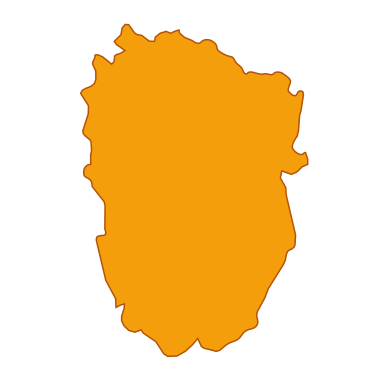 Cuneo, Equal Earth projection, rotated 272°
{"feature_id": "ITA-5441", "entity_name": "Cuneo", "entity_type": "Province", "adm_level": 1, "iso_a3": "ITA", "parent_name": "Italy", "parent_adm1": "", "projection": "equal_earth", "projection_center": [7.731, 44.473], "detail": "fine", "context": "isolated", "style": "filled", "palette": "amber", "viewbox_px": 384, "rotation_deg": 272, "n_neighbors": 0, "source": "natural_earth", "source_scale": "10m", "svg_char_len": 3015}
<svg xmlns="http://www.w3.org/2000/svg" viewBox="0 0 384 384"><g transform="rotate(272 192 192)"><path d="M223.7,306.7L221.0,301.2L215.9,296.4L213.1,290.8L216.2,281.0L209.1,279.8L199.6,285.6L192.9,286.1L152.6,297.0L143.3,296.8L141.1,296.3L138.9,294.3L137.6,291.8L136.0,289.6L133.0,288.5L127.0,287.6L122.6,285.8L98.0,271.6L88.8,268.5L75.2,261.7L72.3,260.9L69.2,261.2L66.4,262.0L63.6,262.4L60.6,261.3L58.4,258.9L57.3,256.3L56.6,253.5L55.1,250.6L53.0,248.2L48.4,245.1L46.4,243.1L45.1,240.8L42.4,234.7L40.6,231.8L36.6,227.3L35.5,226.2L34.6,224.8L33.7,222.1L33.8,220.5L34.4,218.7L36.3,209.4L38.0,206.8L45.8,202.8L39.7,198.1L32.8,191.2L27.6,182.8L26.9,173.5L29.4,169.4L41.2,161.1L49.2,148.3L52.4,146.1L49.9,139.7L50.8,136.3L51.5,133.6L55.8,128.8L61.1,126.1L65.3,126.0L73.7,128.3L77.8,128.3L76.5,124.4L74.0,120.1L82.7,119.4L100.8,108.9L140.3,98.1L142.3,98.1L143.6,98.5L144.5,99.6L145.2,101.8L145.4,103.2L145.4,104.5L145.6,105.6L146.4,106.7L147.7,107.3L149.1,107.2L151.8,106.2L175.2,105.6L179.3,104.5L193.7,92.3L198.8,91.1L200.3,90.1L202.3,87.3L203.3,85.1L204.7,83.6L208.1,83.0L210.7,83.3L213.3,84.4L215.3,86.6L216.2,89.8L225.6,89.4L229.8,90.2L238.9,89.3L240.7,88.0L244.7,82.9L246.8,81.2L249.5,80.8L266.5,85.6L274.6,85.5L282.6,80.0L286.7,77.3L289.7,78.7L292.0,82.5L294.1,87.4L297.0,90.7L301.2,92.0L309.6,91.6L316.6,88.1L318.9,88.5L323.1,90.3L325.5,90.4L325.9,93.1L323.9,98.0L317.0,107.2L319.2,109.4L325.2,110.0L326.8,111.8L327.4,114.0L328.4,116.2L331.0,120.0L336.8,111.3L339.8,109.1L346.7,115.5L353.5,116.5L357.1,119.4L357.0,122.9L349.2,128.9L347.4,131.5L346.7,136.4L341.3,143.9L341.2,149.3L345.4,149.9L349.5,154.5L351.6,160.5L349.9,165.2L352.0,169.1L353.5,173.3L350.4,174.0L346.9,178.3L346.2,179.3L344.7,183.1L343.6,186.4L341.8,189.3L341.0,191.3L340.8,192.8L340.9,194.0L341.4,195.0L342.0,195.7L343.4,197.2L344.1,198.4L344.6,200.0L344.7,203.2L344.3,205.1L343.4,207.0L341.8,209.4L341.0,210.1L340.2,210.8L339.4,211.3L335.9,212.2L335.0,212.6L333.8,213.9L332.6,215.7L330.1,220.5L329.2,223.3L328.6,226.5L328.0,227.8L327.2,228.7L322.8,231.5L321.3,233.1L319.7,235.3L318.3,236.8L316.7,238.0L314.2,239.1L312.5,240.3L311.9,241.4L311.9,242.5L312.5,243.3L313.4,243.9L313.9,245.3L314.0,247.5L312.4,254.8L312.1,256.8L312.2,258.0L312.5,259.1L312.7,260.7L312.7,262.7L312.0,266.1L312.2,267.9L312.6,269.2L313.5,269.8L314.3,270.8L314.8,272.3L314.8,275.1L314.4,276.7L313.9,278.1L311.7,281.5L309.3,284.7L307.8,285.9L307.2,286.2L306.5,286.5L305.3,286.5L303.0,286.0L299.9,284.9L297.5,284.5L296.1,284.9L295.0,285.8L292.9,288.2L292.1,289.8L291.8,291.3L292.1,292.3L292.8,293.1L293.7,293.6L295.6,294.4L296.1,294.9L296.6,295.8L296.7,297.4L296.5,298.4L296.1,299.1L294.8,299.7L293.1,300.0L277.1,298.1L272.7,296.9L257.6,296.3L251.4,295.2L250.6,294.5L247.4,292.7L243.7,291.1L241.5,290.7L239.8,290.7L238.9,291.2L238.0,291.7L236.5,293.0L235.8,293.8L234.1,296.5L233.7,297.4L233.4,298.4L233.2,299.5L233.4,300.5L233.8,301.6L234.4,302.3L235.2,302.9L235.4,303.5L235.3,304.1L228.7,306.5L223.7,306.7Z" fill="#f59e0b" stroke="#b45309" stroke-width="1.5"/></g></svg>